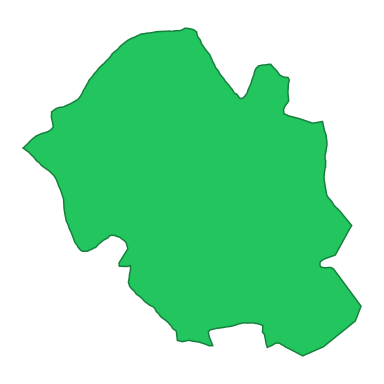 Gashaka, Taraba, Nigeria
{"feature_id": "59680162B87534880716336", "entity_name": "Gashaka", "entity_type": "district", "adm_level": 2, "iso_a3": "NGA", "parent_name": "Nigeria", "parent_adm1": "Taraba", "projection": "mercator", "projection_center": [11.323, 7.498], "detail": "fine", "context": "isolated", "style": "filled", "palette": "green", "viewbox_px": 384, "rotation_deg": 0, "n_neighbors": 0, "source": "geoboundaries", "source_scale": "gbopen_adm2", "svg_char_len": 4189}
<svg xmlns="http://www.w3.org/2000/svg" viewBox="0 0 384 384"><path d="M351.7,225.5L341.5,213.1L340.7,212.1L338.5,209.6L336.9,208.2L336.0,207.3L334.3,205.7L332.8,203.2L331.1,200.7L328.2,197.5L326.8,195.3L325.4,187.5L325.0,185.0L324.7,182.9L324.0,178.9L324.0,176.8L324.4,172.9L324.8,170.0L325.1,168.2L325.7,166.8L325.5,165.8L325.6,164.1L325.6,163.9L325.6,163.2L325.7,161.6L325.7,160.9L325.1,159.4L325.1,159.1L325.1,156.4L325.0,155.8L325.9,151.8L327.0,144.3L326.7,140.1L326.0,134.7L324.6,131.1L322.5,121.5L312.8,123.2L299.2,118.6L288.7,115.9L283.8,113.5L283.6,109.1L284.8,106.5L288.7,100.9L287.9,92.7L288.4,83.8L289.3,80.2L288.0,77.5L283.7,77.1L279.7,75.0L276.7,70.7L273.5,67.6L270.7,64.3L268.8,64.3L264.5,65.0L262.3,65.0L259.9,65.7L258.7,65.8L258.2,66.3L256.6,67.8L255.5,69.2L254.8,71.0L254.4,72.4L253.7,75.3L252.9,77.4L251.8,80.3L251.5,81.7L250.8,83.9L247.9,90.3L247.1,93.1L245.0,96.0L243.1,97.9L242.8,98.1L241.0,98.5L239.6,98.1L237.2,94.8L236.8,94.2L234.3,93.1L232.1,89.2L231.1,88.1L229.6,86.3L228.6,84.9L226.3,82.3L225.4,81.3L223.6,78.4L222.5,77.4L220.0,74.1L218.3,70.9L215.4,67.4L214.4,64.5L212.9,62.0L211.9,59.5L209.8,54.8L206.6,50.9L203.4,46.6L201.6,43.8L201.2,43.0L200.5,40.5L199.1,38.4L198.4,37.7L197.7,36.6L197.0,34.8L196.6,32.0L195.2,30.9L193.8,29.8L190.8,28.9L185.3,28.1L183.1,29.3L182.0,29.8L180.0,30.6L176.3,30.7L174.7,30.8L171.6,31.5L169.9,31.0L166.8,31.2L164.7,31.3L161.5,31.4L159.9,31.5L157.3,31.6L153.6,32.3L149.4,33.0L147.3,33.1L143.6,33.8L141.5,33.9L138.9,35.1L137.4,35.7L135.3,36.9L133.7,37.5L131.7,38.2L129.6,39.3L127.5,40.5L126.0,41.7L124.5,42.8L122.4,44.5L120.4,46.2L118.9,47.9L117.4,49.6L115.8,50.8L112.3,53.6L111.3,55.3L110.5,56.4L109.3,58.1L106.3,60.9L103.8,63.7L102.2,64.9L98.7,68.3L97.2,70.5L93.7,74.4L92.2,76.7L91.8,77.1L89.2,80.0L88.2,82.2L86.3,85.6L84.8,88.3L83.3,90.6L82.4,92.8L80.9,95.5L78.9,98.3L77.9,99.4L74.9,101.2L69.7,104.1L68.1,104.7L65.6,105.9L63.0,107.1L59.8,107.3L56.1,108.5L51.5,112.0L51.6,113.6L51.3,116.8L51.9,119.5L52.6,122.7L53.3,127.0L50.8,129.8L48.2,131.5L44.6,132.8L42.0,133.4L40.4,134.1L37.8,135.3L36.3,135.9L34.2,137.6L32.7,138.7L30.2,141.0L28.7,142.7L27.7,143.8L24.6,146.6L23.0,148.1L24.2,148.8L26.9,150.9L29.1,152.4L31.9,155.5L34.1,157.5L36.4,160.7L39.7,163.2L40.8,164.8L42.5,166.3L49.1,170.9L52.9,174.5L54.6,176.6L56.4,179.7L57.6,182.9L58.8,186.1L60.5,189.8L61.1,191.4L62.4,195.6L63.6,199.3L63.8,203.1L63.9,205.3L64.0,206.9L64.1,209.0L64.9,213.9L65.5,217.1L65.9,218.9L66.2,220.8L68.0,224.5L69.3,228.7L70.4,230.9L71.6,233.5L72.8,236.7L74.0,239.9L74.7,242.0L76.9,245.1L78.1,247.2L79.8,249.3L81.4,250.8L83.0,251.3L85.7,251.2L87.8,251.1L89.9,249.9L91.9,249.3L93.5,248.1L95.6,247.5L97.6,245.3L98.6,244.1L100.1,243.0L102.1,241.3L103.7,240.1L105.7,239.0L108.2,237.6L109.8,235.5L111.9,235.4L114.0,235.3L116.7,236.3L118.3,236.8L119.9,237.2L121.6,238.8L123.8,240.3L126.0,242.3L126.6,244.5L127.9,248.7L119.0,263.0L119.3,266.2L125.6,266.5L128.0,266.3L130.3,265.5L130.4,266.9L130.5,269.1L130.1,271.8L129.6,273.4L129.3,277.2L128.4,282.1L129.7,286.4L131.4,288.5L134.1,291.0L136.4,294.2L138.6,295.7L141.3,297.7L143.6,300.3L145.8,302.4L147.4,303.4L149.1,304.9L153.4,306.9L155.1,308.9L156.3,311.6L158.5,313.6L160.8,316.8L163.5,318.8L166.3,320.8L168.5,322.9L170.8,325.5L171.3,326.0L172.4,328.1L173.5,329.1L176.3,331.1L177.4,340.4L182.3,341.7L188.8,340.3L192.3,341.1L193.5,341.3L195.8,341.6L199.1,342.1L205.2,344.1L209.4,345.8L212.7,345.6L209.3,337.0L208.3,332.1L209.6,330.2L211.7,329.5L214.3,328.9L216.9,328.2L219.0,328.1L223.7,327.4L227.4,326.7L229.5,326.6L232.6,325.9L235.3,325.2L238.4,324.0L241.5,323.3L244.7,322.7L246.8,323.1L250.5,322.9L253.1,322.8L254.7,323.3L257.9,323.7L260.6,324.6L262.8,325.6L262.5,332.2L264.5,334.6L266.3,344.3L267.3,347.4L272.8,345.0L275.1,343.4L277.0,343.0L279.5,343.2L281.7,344.7L283.9,345.7L284.8,346.5L285.6,347.0L292.5,350.5L302.5,355.7L302.8,355.9L305.0,354.8L322.7,347.1L324.0,346.3L340.7,332.8L341.0,332.6L355.3,321.0L361.0,306.2L345.7,285.4L340.5,278.3L334.9,270.8L333.9,269.4L332.8,268.4L331.3,267.7L329.5,267.4L325.6,267.8L323.4,267.7L321.7,267.2L320.5,266.4L319.9,264.8L319.9,263.1L320.6,261.6L321.7,260.6L324.5,258.9L335.3,255.0L349.8,228.6L351.7,225.5Z" fill="#22c55e" stroke="#15803d" stroke-width="1.5"/></svg>